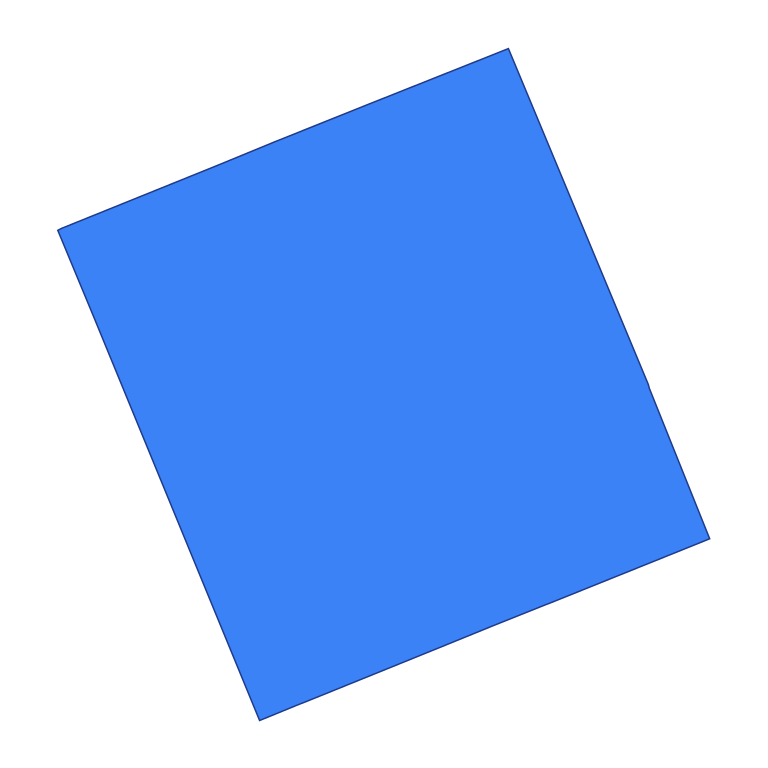 Weston, Wyoming, United States of America, rotated 68°
{"feature_id": "52423323B91236875668653", "entity_name": "Weston", "entity_type": "district", "adm_level": 2, "iso_a3": "USA", "parent_name": "United States of America", "parent_adm1": "Wyoming", "projection": "mercator", "projection_center": [-104.387, 43.84], "detail": "fine", "context": "isolated", "style": "filled", "palette": "blue", "viewbox_px": 768, "rotation_deg": 68, "n_neighbors": 0, "source": "geoboundaries", "source_scale": "gbopen_adm2", "svg_char_len": 434}
<svg xmlns="http://www.w3.org/2000/svg" viewBox="0 0 768 768"><g transform="rotate(68 384 384)"><path d="M649.0,375.1L649.2,315.5L649.3,314.3L649.5,168.3L649.5,140.0L487.3,139.6L483.5,139.1L119.6,143.0L118.8,294.1L118.5,394.1L118.9,456.4L118.9,624.5L119.3,628.9L212.3,628.0L649.4,625.4L649.2,586.0L649.3,571.2L649.3,568.2L649.2,451.3L649.2,448.9L649.2,440.9L649.0,375.1Z" fill="#3b82f6" stroke="#1e3a8a" stroke-width="1.5"/></g></svg>